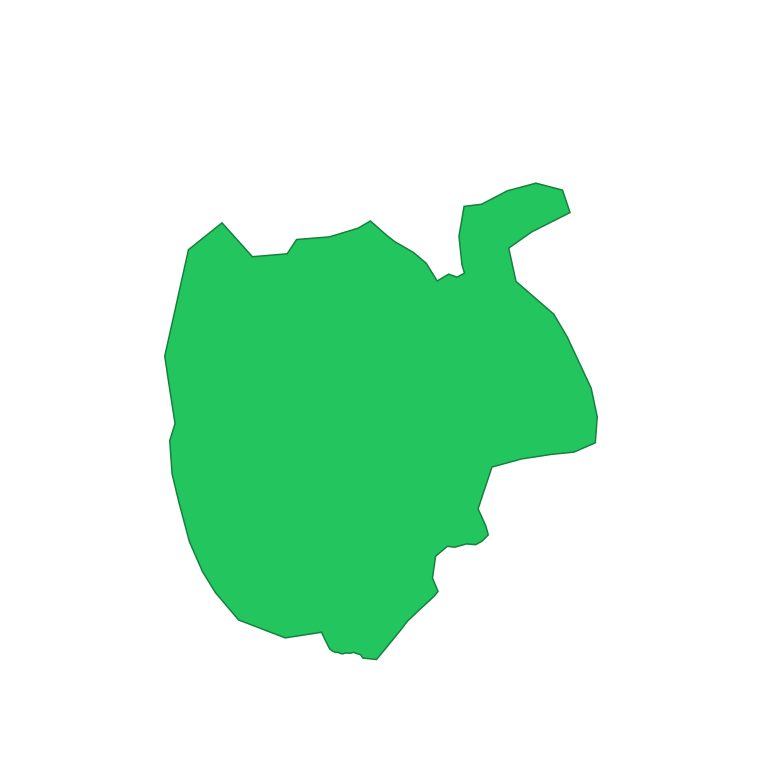 Ussa, Taraba, Nigeria, rotated 146°
{"feature_id": "59680162B61170702756328", "entity_name": "Ussa", "entity_type": "district", "adm_level": 2, "iso_a3": "NGA", "parent_name": "Nigeria", "parent_adm1": "Taraba", "projection": "robinson", "projection_center": [10.057, 7.125], "detail": "fine", "context": "isolated", "style": "filled", "palette": "green", "viewbox_px": 768, "rotation_deg": 146, "n_neighbors": 0, "source": "geoboundaries", "source_scale": "gbopen_adm2", "svg_char_len": 1227}
<svg xmlns="http://www.w3.org/2000/svg" viewBox="0 0 768 768"><g transform="rotate(146 384 384)"><path d="M471.0,604.7L514.7,563.3L550.2,529.7L556.1,517.3L557.9,513.6L562.4,504.1L579.4,468.0L593.3,456.9L610.0,427.9L620.8,398.9L623.9,389.8L633.5,362.1L639.4,329.8L640.4,305.3L636.5,269.6L607.9,228.8L575.0,213.3L574.6,213.3L576.1,203.3L577.2,194.5L576.0,191.4L574.3,188.6L572.2,187.3L570.8,184.8L568.8,183.2L566.4,182.6L562.2,179.5L559.4,178.6L556.9,175.2L554.8,172.7L554.8,168.6L544.3,159.8L529.3,164.2L508.4,170.5L497.4,174.2L484.2,176.5L469.6,178.7L461.2,180.0L455.2,181.8L452.3,196.0L437.5,212.4L422.3,214.0L416.7,209.2L405.1,205.3L402.7,203.4L397.8,199.5L390.5,198.9L381.9,200.6L379.0,209.3L375.8,227.9L356.6,242.7L340.9,254.8L333.3,252.2L311.9,245.0L284.7,232.1L264.5,221.3L241.7,217.1L225.6,237.5L214.6,264.6L205.8,320.5L204.2,346.9L217.2,395.2L204.6,426.9L176.5,427.5L133.9,422.1L127.6,444.9L145.8,465.6L173.7,475.2L202.7,478.5L218.3,486.5L239.2,464.6L252.7,439.2L255.3,430.9L263.7,431.7L268.9,438.9L282.3,439.7L281.5,460.6L286.1,476.8L295.5,496.0L298.9,506.6L304.1,526.8L318.4,527.7L347.0,536.5L375.7,552.7L391.5,546.1L421.9,563.1L428.2,608.2L471.0,604.7Z" fill="#22c55e" stroke="#15803d" stroke-width="1.5"/></g></svg>